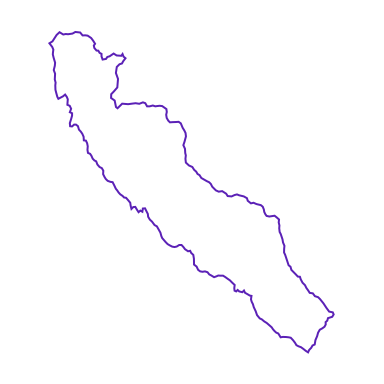 the district of Chapada de Areia, Tocantins, Brazil, rotated 178°
{"feature_id": "56859067B55527615433818", "entity_name": "Chapada de Areia", "entity_type": "district", "adm_level": 2, "iso_a3": "BRA", "parent_name": "Brazil", "parent_adm1": "Tocantins", "projection": "equal_earth", "projection_center": [-49.195, -10.166], "detail": "fine", "context": "isolated", "style": "outline", "palette": "violet", "viewbox_px": 384, "rotation_deg": 178, "n_neighbors": 0, "source": "geoboundaries", "source_scale": "gbopen_adm2", "svg_char_len": 4068}
<svg xmlns="http://www.w3.org/2000/svg" viewBox="0 0 384 384"><g transform="rotate(178 192 192)"><path d="M253.1,177.2L251.2,179.0L249.2,179.1L247.5,176.0L246.1,173.7L244.3,175.2L242.3,174.0L241.7,177.2L239.5,177.3L238.3,174.6L236.9,171.6L236.7,168.8L235.1,165.9L233.0,163.8L230.6,160.3L228.3,158.9L226.8,156.0L225.0,152.5L224.2,149.1L223.4,147.0L220.2,143.0L218.2,140.8L216.2,139.5L213.7,138.1L211.4,137.6L209.2,138.0L206.6,139.5L204.3,139.4L202.5,137.3L201.0,135.1L198.0,132.9L195.9,133.3L195.0,131.2L192.9,129.1L192.4,125.2L192.5,119.4L190.0,117.3L188.6,114.0L186.6,112.4L184.3,111.9L181.8,112.2L179.3,111.3L177.6,109.0L175.8,108.0L172.9,106.1L170.4,106.9L168.7,107.6L166.6,107.4L163.9,107.3L161.8,105.9L159.5,104.1L157.2,102.4L155.0,100.0L152.6,97.6L153.1,94.4L152.9,91.9L151.3,91.1L149.8,92.5L148.3,91.0L145.2,90.1L143.5,91.7L142.5,89.4L140.2,88.0L137.9,86.5L136.2,86.1L136.8,82.7L136.2,80.3L135.0,77.7L134.3,74.8L132.5,70.6L131.3,66.7L128.7,63.3L126.7,62.3L124.4,60.2L121.9,58.5L119.1,55.9L117.1,54.0L115.8,51.9L114.4,50.2L112.7,48.5L110.7,47.6L108.5,43.7L106.4,44.0L103.2,43.8L100.4,43.4L98.4,42.9L96.3,40.5L94.3,37.7L93.0,35.3L91.0,34.1L88.5,33.1L86.2,31.3L84.0,29.4L81.6,27.7L80.4,30.1L78.3,32.1L76.9,34.4L74.7,35.3L73.8,39.7L72.0,43.5L70.9,47.0L69.1,49.9L66.7,51.1L64.3,52.7L63.0,54.9L63.0,57.3L61.3,58.7L60.5,61.2L57.9,61.9L56.2,62.4L54.7,64.7L55.5,66.8L59.1,67.7L61.7,71.5L64.5,76.1L67.8,80.5L69.7,82.5L72.8,83.6L74.8,86.5L77.9,87.1L79.3,89.5L81.1,92.2L82.3,94.9L84.7,97.5L86.4,101.0L87.1,103.5L89.2,103.8L91.1,106.0L95.4,110.7L96.2,113.9L98.0,115.4L99.1,119.2L101.1,126.0L102.1,128.3L101.9,131.9L101.5,135.0L102.8,138.4L103.2,141.5L104.8,146.9L105.8,149.0L106.1,152.7L105.8,155.5L106.4,158.5L106.0,161.5L108.4,163.8L110.3,165.4L115.6,164.8L118.3,165.5L119.5,167.3L120.5,169.6L120.8,172.0L121.8,174.8L123.7,176.5L125.9,177.1L128.0,177.7L130.9,179.1L133.5,178.6L136.6,181.3L137.3,183.9L140.4,185.8L145.1,187.1L147.1,188.0L149.5,187.5L152.6,186.2L156.5,186.7L157.9,189.1L161.8,191.8L165.3,191.4L168.1,192.8L171.6,196.6L172.9,199.4L174.6,201.2L176.6,202.2L179.5,204.0L182.2,205.7L183.9,208.6L185.8,209.8L187.1,212.2L189.1,214.1L190.8,217.0L194.1,218.6L197.1,221.6L197.4,225.4L196.9,228.8L197.4,231.2L197.5,235.4L199.0,239.1L197.8,242.3L196.9,245.2L196.1,247.8L196.4,251.2L197.5,253.7L199.1,256.5L200.8,261.0L202.9,262.6L205.7,262.5L209.0,262.5L211.6,262.4L213.2,264.1L214.7,266.9L215.1,270.1L214.4,272.9L214.7,275.8L218.8,278.9L221.3,279.3L223.8,279.1L225.7,278.9L228.1,279.8L231.3,279.1L233.9,279.2L235.6,282.4L237.9,283.3L241.6,282.0L245.3,282.7L248.7,282.4L252.8,282.0L258.7,282.7L263.5,278.3L265.0,279.6L266.1,286.1L269.6,288.8L269.3,292.6L266.6,295.2L263.0,299.1L262.0,307.6L263.9,313.6L262.8,319.6L260.0,322.2L257.5,322.9L256.2,325.1L253.8,328.0L255.7,329.7L256.6,332.3L257.9,330.6L262.6,331.1L265.5,333.1L269.6,330.5L271.9,329.9L273.3,328.0L276.7,327.5L277.7,330.7L277.6,333.2L279.5,334.3L280.7,336.5L282.5,336.7L284.6,339.4L285.0,341.8L283.7,343.5L285.6,346.8L287.4,349.4L290.8,351.9L293.1,352.3L295.9,352.3L298.2,355.3L303.0,356.0L305.9,354.5L310.4,354.0L312.6,354.3L315.2,353.9L318.8,356.3L321.8,353.7L326.2,347.4L329.3,345.6L326.6,341.8L325.6,339.1L326.0,336.8L326.3,334.4L325.6,331.0L324.3,326.0L324.7,322.9L325.9,318.7L324.7,315.0L325.2,309.3L324.5,306.1L324.9,303.3L324.9,298.9L324.2,295.7L323.3,291.9L322.3,289.8L320.7,290.6L317.6,292.1L315.4,293.8L313.8,291.4L312.9,289.0L313.2,286.4L313.5,283.5L311.2,282.4L309.9,279.4L311.3,276.0L309.1,274.9L309.2,272.5L310.2,269.3L311.7,265.1L311.5,262.0L309.6,261.7L307.4,263.5L305.6,263.4L303.7,261.8L302.8,258.3L301.0,256.2L299.6,254.0L298.4,251.0L298.3,247.4L296.2,247.0L295.1,244.4L294.6,241.3L295.0,237.8L294.6,234.7L292.5,233.7L291.3,231.8L290.1,228.8L288.4,226.9L286.7,226.0L285.6,222.8L283.5,220.2L281.3,219.0L279.9,216.4L280.2,212.9L278.8,209.9L277.7,208.0L275.9,206.1L273.2,205.0L271.0,204.6L269.5,201.4L268.0,197.9L266.7,196.2L265.4,194.1L263.8,192.2L261.5,190.5L260.1,188.9L258.1,188.5L256.4,186.4L254.1,183.4L253.8,180.5L253.1,177.2Z" fill="none" stroke="#5b21b6" stroke-width="2"/></g></svg>